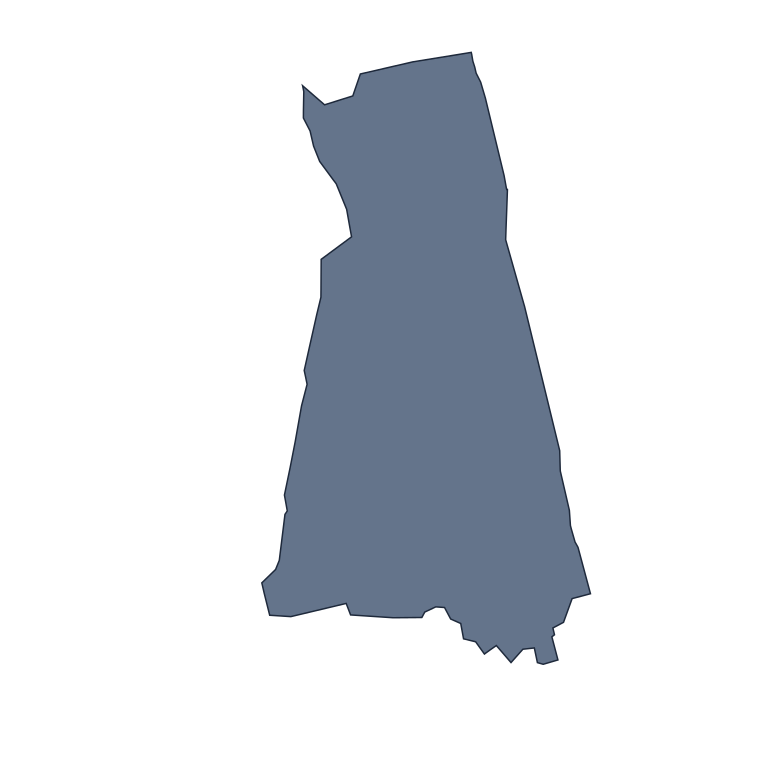 outline of Baherden, Ahal, Turkmenistan, rotated 347°
{"feature_id": "10190150B40000077655635", "entity_name": "Baherden", "entity_type": "district", "adm_level": 2, "iso_a3": "TKM", "parent_name": "Turkmenistan", "parent_adm1": "Ahal", "projection": "natural_earth1", "projection_center": [57.355, 39.019], "detail": "fine", "context": "isolated", "style": "filled", "palette": "slate", "viewbox_px": 768, "rotation_deg": 347, "n_neighbors": 0, "source": "geoboundaries", "source_scale": "gbopen_adm2", "svg_char_len": 1582}
<svg xmlns="http://www.w3.org/2000/svg" viewBox="0 0 768 768"><g transform="rotate(347 384 384)"><path d="M371.8,75.1L371.8,75.3L371.6,81.1L367.0,99.5L365.3,106.7L368.9,120.8L368.9,122.5L368.9,125.1L368.9,136.4L371.4,152.7L380.7,174.2L381.4,175.7L382.5,178.2L386.9,205.4L386.0,222.8L385.5,233.3L350.8,248.4L350.5,249.8L344.0,277.2L342.1,285.1L342.0,285.4L334.1,301.2L319.2,332.2L309.3,352.9L309.2,359.4L309.0,367.0L298.8,386.6L284.6,420.0L273.8,444.2L262.8,468.1L262.0,469.8L261.6,478.1L261.2,485.9L259.3,487.7L258.2,488.7L242.3,532.3L237.8,538.7L236.7,540.3L220.2,550.3L220.2,561.1L220.6,583.1L220.6,583.6L240.9,589.7L297.8,589.3L299.5,601.5L340.3,613.8L368.2,620.0L368.4,620.0L372.4,615.4L384.3,612.8L392.7,615.4L396.1,628.0L404.9,634.6L404.2,650.2L415.3,655.8L421.1,669.7L427.0,667.2L434.4,664.2L434.6,664.1L435.7,666.1L445.1,684.0L458.5,674.5L459.6,673.7L460.0,673.7L471.1,675.0L470.8,690.0L475.9,692.8L476.2,692.9L486.4,692.3L491.4,692.0L490.7,668.1L493.7,666.7L493.7,660.1L493.7,659.7L505.3,656.6L518.7,635.9L519.0,635.4L529.2,635.1L538.0,634.8L536.3,586.8L535.1,582.6L534.6,581.0L534.5,579.0L533.9,567.4L533.8,563.9L536.2,548.8L536.2,540.9L536.2,508.6L536.4,507.3L540.2,488.5L539.6,438.5L538.4,339.8L538.3,338.3L535.0,270.8L538.0,259.5L542.4,243.2L548.0,222.4L548.0,222.2L547.3,222.1L547.3,220.5L547.9,207.8L547.1,129.1L547.1,128.4L546.1,111.7L546.0,111.2L543.7,101.8L543.7,95.6L543.2,89.5L543.6,82.5L543.6,80.5L538.6,80.2L484.7,76.6L467.4,76.6L430.7,76.6L418.4,96.3L405.4,97.3L388.9,98.6L376.1,81.0L371.8,75.1Z" fill="#64748b" stroke="#1e293b" stroke-width="1.5"/></g></svg>